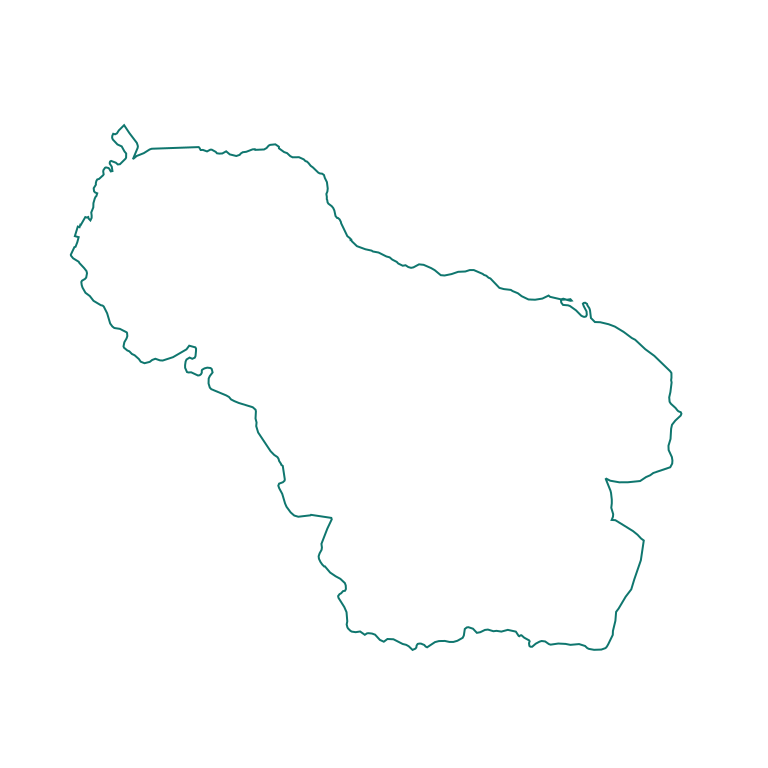 Comandau, Covasna, Romania (Albers equal-area conic projection), rotated 351°
{"feature_id": "2599482B75444527653757", "entity_name": "Comandau", "entity_type": "district", "adm_level": 2, "iso_a3": "ROU", "parent_name": "Romania", "parent_adm1": "Covasna", "projection": "albers", "projection_center": [26.312, 45.738], "detail": "fine", "context": "isolated", "style": "outline", "palette": "teal", "viewbox_px": 768, "rotation_deg": 351, "n_neighbors": 0, "source": "geoboundaries", "source_scale": "gbopen_adm2", "svg_char_len": 6154}
<svg xmlns="http://www.w3.org/2000/svg" viewBox="0 0 768 768"><g transform="rotate(351 384 384)"><path d="M672.7,458.3L670.5,457.0L669.6,455.8L668.2,453.3L664.2,448.3L663.3,446.2L663.6,441.8L665.6,436.8L668.3,427.5L668.2,425.1L668.9,422.8L669.6,418.1L668.7,416.2L655.4,398.5L647.5,390.5L639.0,379.6L636.0,377.4L629.0,370.2L621.0,363.4L615.2,360.1L607.2,356.8L602.0,355.8L598.7,351.2L599.0,343.5L598.7,341.4L597.2,338.1L597.1,336.7L595.4,335.2L593.9,335.2L593.0,335.8L593.5,338.5L595.4,344.0L595.1,347.4L594.2,348.8L592.8,349.1L591.6,348.8L589.6,347.5L585.1,341.2L579.9,336.1L578.1,335.1L573.2,333.9L571.8,331.3L571.9,329.1L572.7,328.6L576.6,329.0L581.2,331.0L582.4,331.0L581.4,329.4L577.8,329.4L574.4,327.8L572.1,328.1L561.7,323.9L560.4,322.4L553.8,324.4L546.4,324.4L539.9,323.1L533.7,318.8L530.4,315.3L525.5,312.3L524.0,310.9L517.2,309.0L513.0,307.1L505.6,296.4L503.9,295.4L502.0,293.1L499.8,291.9L498.7,290.7L490.5,285.5L486.4,284.9L481.9,285.6L474.8,284.8L467.9,286.0L460.8,286.3L457.1,285.4L451.9,279.5L448.7,276.9L441.8,272.5L437.3,271.3L431.3,273.4L428.9,273.5L426.3,272.3L423.9,270.1L421.0,270.1L416.9,267.2L415.7,265.4L411.6,262.4L409.4,259.8L406.3,258.4L399.2,253.3L393.8,251.4L392.6,250.3L386.7,248.0L378.8,243.6L374.5,237.9L374.3,236.4L373.5,236.5L373.5,235.3L373.0,234.5L370.9,232.2L366.8,218.5L366.8,217.3L365.9,214.5L364.6,212.9L363.7,212.7L362.4,210.5L362.1,204.9L361.4,202.3L360.2,200.2L357.3,197.2L356.7,195.8L356.7,193.4L356.4,192.5L356.8,190.3L356.8,187.3L358.2,185.0L359.0,182.1L359.2,175.7L357.8,171.2L357.4,168.2L355.8,166.6L353.6,166.0L352.2,165.0L347.7,159.0L345.7,157.0L343.9,153.8L342.5,152.1L341.3,151.6L339.9,149.6L335.5,146.7L329.2,145.8L327.1,144.3L324.4,140.8L321.6,139.3L317.1,134.8L317.3,133.2L314.2,130.3L309.0,130.0L307.4,130.5L304.9,132.6L302.2,133.6L293.4,132.6L293.2,131.9L290.9,131.7L284.3,133.1L280.7,133.0L278.5,134.0L277.3,135.1L273.8,135.7L267.6,133.1L264.5,129.5L260.4,131.0L257.5,130.7L255.1,130.0L254.1,128.4L250.5,125.6L249.1,125.4L245.6,126.6L241.8,124.5L239.5,124.2L238.5,121.5L237.9,121.0L191.4,115.3L189.2,115.7L182.9,118.4L175.4,120.1L171.9,122.2L171.6,122.0L177.6,112.3L178.1,110.7L178.0,109.6L177.6,107.2L171.8,96.4L167.8,87.7L161.8,92.0L159.4,94.7L157.5,95.3L155.7,94.5L154.4,96.5L154.0,98.3L154.4,100.1L158.2,105.7L162.1,108.3L164.0,113.6L165.4,116.0L164.7,120.0L164.0,121.0L157.6,125.6L155.4,125.5L153.8,123.5L149.4,121.0L148.3,121.4L147.8,122.3L147.6,123.5L149.1,126.7L149.1,131.2L147.4,131.3L146.2,128.2L145.5,127.5L143.3,126.6L142.3,126.8L140.3,128.9L139.9,130.3L139.9,133.1L139.2,133.9L134.6,136.9L132.8,137.1L131.7,138.4L130.8,140.5L130.6,142.1L127.9,145.2L127.8,147.1L127.8,148.4L128.7,149.7L130.6,150.8L129.3,153.4L128.5,153.9L127.3,155.6L125.3,159.9L124.5,164.1L121.7,168.8L121.6,172.0L121.2,174.2L119.6,176.5L118.1,174.3L118.0,172.8L116.5,173.1L115.1,172.4L109.4,179.5L109.0,179.2L107.8,181.5L106.2,180.6L101.8,189.6L105.4,191.2L103.2,196.1L100.8,200.2L99.6,200.4L94.9,207.3L94.9,208.2L96.6,211.2L101.6,215.5L102.1,216.9L105.9,222.5L107.8,225.9L108.0,228.1L106.5,232.3L105.0,233.5L101.9,234.7L101.0,235.9L100.9,238.9L101.3,241.6L103.4,247.2L107.2,251.1L110.1,256.4L116.7,261.9L118.3,262.5L119.3,263.6L121.6,270.8L123.0,281.4L124.7,284.7L126.4,286.5L131.7,288.2L137.9,292.7L138.2,293.4L138.0,296.5L136.8,298.8L134.1,302.1L132.6,306.1L132.9,307.5L135.7,310.7L137.6,311.9L139.7,314.9L142.2,316.6L145.8,321.0L147.2,323.9L150.7,326.0L156.1,325.5L158.8,324.0L162.1,323.3L166.4,325.6L169.1,326.2L179.8,324.5L194.3,318.9L197.6,315.7L203.4,318.3L203.9,319.7L203.5,321.9L202.2,326.9L201.2,328.4L198.6,329.1L196.1,327.5L192.8,328.9L191.6,330.7L190.5,334.2L190.1,336.9L191.3,341.4L192.6,342.0L195.4,342.3L201.6,346.5L203.3,346.5L204.8,345.7L205.8,344.3L206.1,342.3L206.6,341.5L209.1,340.5L212.0,340.2L215.2,341.1L216.2,342.3L216.5,345.8L213.2,348.9L211.7,351.2L210.8,356.0L211.4,360.3L212.6,362.1L226.4,370.6L228.9,372.6L230.5,375.3L233.5,377.5L237.6,380.0L250.7,386.4L253.1,389.3L253.2,391.0L251.7,398.0L252.1,402.1L251.2,405.6L252.1,412.2L261.5,432.7L264.4,436.8L267.3,439.5L268.1,441.3L268.4,443.7L269.8,446.8L269.8,447.6L271.2,449.1L271.1,462.6L270.7,463.9L268.8,465.2L264.8,466.0L263.7,467.9L264.2,470.6L266.3,476.6L267.6,486.5L268.5,490.0L271.7,496.2L273.5,498.4L274.8,499.9L278.6,501.7L290.9,502.2L291.4,501.8L311.0,508.0L311.2,509.5L305.4,518.0L297.2,532.1L297.1,535.8L296.4,538.0L293.9,541.2L292.5,543.9L292.4,546.4L293.4,549.8L294.8,552.7L296.4,554.9L297.1,554.9L301.3,561.8L306.1,566.3L310.4,569.6L314.2,574.5L314.7,577.0L314.3,580.5L313.2,582.1L311.1,582.2L308.9,584.0L307.2,584.6L305.5,586.3L305.6,588.1L309.9,598.1L311.3,603.5L310.6,612.7L309.5,615.7L309.8,618.7L310.3,619.9L312.2,622.5L313.4,623.5L317.2,624.7L321.7,624.7L325.8,628.7L328.3,627.6L329.8,627.7L333.1,628.6L336.0,630.2L339.9,636.1L343.5,638.5L347.5,636.4L353.4,637.6L361.8,643.7L365.1,645.1L367.4,646.9L370.6,651.1L373.6,650.3L374.7,649.3L375.3,647.4L376.6,646.0L378.3,645.9L379.9,646.2L383.0,648.1L384.0,649.8L385.4,650.8L394.0,646.9L398.1,646.5L403.9,647.3L408.3,649.0L412.3,649.6L416.3,649.1L422.0,647.0L423.5,644.9L425.5,638.6L427.7,637.4L429.3,637.4L433.6,639.6L436.8,644.3L440.3,644.2L445.2,642.7L448.2,642.8L453.4,645.3L456.5,645.4L461.2,646.9L467.8,646.2L475.5,649.2L477.6,653.9L478.2,654.3L479.5,653.6L480.5,653.7L482.8,656.5L487.2,659.9L487.6,660.9L486.7,662.6L486.6,664.6L486.8,665.8L487.9,666.5L489.2,666.7L493.3,664.2L497.3,662.8L499.5,662.5L502.9,663.5L506.2,666.7L507.8,667.5L515.5,667.6L522.6,669.1L527.3,670.8L536.0,671.4L541.6,674.2L543.5,676.7L545.0,677.7L549.9,679.4L557.1,680.3L561.5,679.5L563.0,678.3L564.7,676.2L570.7,667.6L571.5,663.7L575.5,654.1L577.6,645.4L580.6,642.5L589.4,631.9L596.1,625.5L600.6,616.2L610.1,598.3L616.1,579.2L613.8,576.9L610.8,572.5L606.9,568.2L591.2,554.7L587.6,553.9L589.4,550.9L590.0,548.4L589.1,541.8L590.3,537.6L590.9,533.9L591.2,527.1L591.0,524.8L588.2,512.6L588.8,512.3L592.3,514.9L601.0,517.9L609.4,519.2L621.8,519.9L628.3,516.9L632.6,515.8L636.1,514.0L653.7,511.0L656.2,507.7L656.9,504.7L656.9,501.2L654.8,493.8L655.3,489.5L658.4,483.1L660.6,473.1L662.1,469.3L666.0,465.7L672.1,461.6L673.1,459.9L672.7,458.3Z" fill="none" stroke="#0f766e" stroke-width="2"/></g></svg>